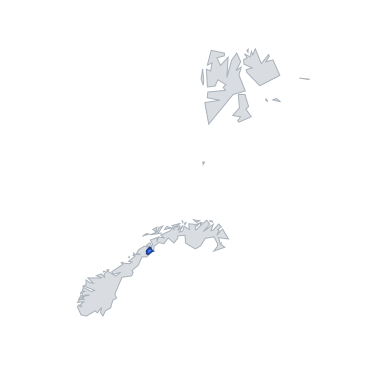 Saltdal nor, Nordland, Norway shown in context, rotated 23°
{"feature_id": "86288312B61921156724393", "entity_name": "Saltdal nor", "entity_type": "district", "adm_level": 2, "iso_a3": "NOR", "parent_name": "Norway", "parent_adm1": "Nordland", "projection": "mercator", "projection_center": [15.291, 66.881], "detail": "fine", "context": "in_parent", "style": "filled", "palette": "blue", "viewbox_px": 384, "rotation_deg": 23, "n_neighbors": 0, "source": "geoboundaries", "source_scale": "gbopen_adm2", "svg_char_len": 4830}
<svg xmlns="http://www.w3.org/2000/svg" viewBox="0 0 384 384"><g transform="rotate(23 192 192)"><path d="M202.5,234.7L196.0,237.9L197.0,240.0L195.3,246.0L188.0,243.6L186.3,250.6L181.3,251.4L178.4,256.9L179.6,261.1L175.5,269.5L171.3,271.4L171.1,280.3L167.4,287.9L169.3,289.1L169.2,292.8L160.9,297.8L160.8,315.9L164.0,319.3L161.4,322.5L162.3,330.6L158.7,335.1L158.5,340.9L154.9,338.7L153.9,333.6L152.1,340.2L149.3,339.3L143.2,347.5L138.0,348.5L131.4,342.6L131.9,340.1L134.0,341.3L135.2,340.2L133.1,339.4L135.4,335.4L129.7,338.3L130.5,334.7L134.5,333.1L132.4,332.7L134.2,329.5L138.0,327.0L134.3,328.4L129.8,334.7L130.1,330.7L132.2,330.4L129.8,327.6L132.0,325.4L129.7,325.8L129.2,322.2L138.2,323.0L140.7,320.6L129.6,320.8L130.6,318.1L128.8,314.4L133.6,315.3L136.8,314.5L129.8,311.8L142.8,306.3L136.8,306.4L140.5,302.7L145.2,305.2L143.1,302.1L145.0,297.8L154.6,299.2L157.7,293.8L151.5,298.7L149.3,296.7L157.8,283.8L162.4,282.5L164.2,279.9L160.7,280.6L164.7,273.3L163.6,271.8L169.1,269.6L165.0,270.3L165.5,265.8L169.4,260.4L175.2,259.5L170.9,258.7L173.2,255.2L176.0,257.8L176.4,255.8L172.5,252.4L177.8,247.5L179.2,251.6L178.7,246.4L184.7,245.1L180.1,243.8L187.1,236.2L187.8,232.3L190.4,234.2L189.3,232.0L194.1,228.0L193.9,232.9L196.9,226.2L195.9,233.9L198.7,231.6L198.2,226.6L204.2,227.6L201.5,222.5L207.3,220.6L210.3,225.7L216.5,212.1L221.0,214.7L217.8,224.1L224.2,213.4L224.6,220.2L226.4,218.8L229.1,211.0L232.6,212.6L230.4,216.6L232.0,216.7L231.7,222.3L234.5,214.1L243.9,221.0L234.3,223.6L238.3,228.8L243.8,230.0L235.1,237.9L236.7,232.2L235.9,229.7L229.7,224.7L222.3,229.5L220.9,238.3L217.3,243.1L206.1,241.6L202.5,234.7ZM178.9,46.7L185.9,53.0L185.2,63.1L188.4,57.8L189.6,66.1L201.6,78.2L191.7,86.2L180.9,123.0L168.9,104.7L181.8,96.6L169.3,99.3L167.5,93.8L183.0,85.4L179.8,83.5L181.2,79.9L172.0,78.6L171.8,85.5L165.2,89.3L157.3,73.4L161.9,73.3L160.0,65.4L156.6,69.2L154.3,54.1L167.6,51.5L168.6,54.0L162.6,58.7L168.8,64.3L172.6,53.8L179.3,72.8L177.0,55.3L178.9,46.7ZM194.3,35.5L205.6,46.7L208.8,35.6L210.1,36.9L209.2,43.2L214.9,38.8L227.3,50.3L212.9,67.7L196.0,60.6L194.0,58.2L198.9,54.3L189.8,54.0L187.8,49.8L190.4,47.0L186.3,44.3L192.6,45.0L191.8,39.4L194.4,42.1L194.3,35.5ZM202.6,81.5L210.7,91.2L209.3,94.6L217.1,99.6L207.9,109.4L206.2,108.6L207.3,103.8L199.6,105.7L202.8,96.1L196.5,84.1L202.6,81.5ZM176.7,243.5L180.2,241.6L170.1,247.9L175.2,242.8L175.5,237.6L178.4,234.7L176.7,243.5ZM182.2,233.6L187.0,233.2L181.4,237.3L182.2,233.6ZM186.9,230.6L193.7,225.3L190.1,230.9L186.9,230.6ZM153.7,74.5L159.3,85.0L160.6,89.4L156.2,84.4L153.7,74.5ZM173.5,238.1L174.3,242.8L170.6,241.7L173.5,238.1ZM210.7,214.8L208.0,218.4L204.3,216.9L208.6,216.2L210.7,214.8ZM211.2,217.4L209.9,221.7L208.4,220.5L211.2,217.4ZM165.9,248.3L169.5,247.3L165.5,250.3L165.9,248.3ZM255.4,42.9L246.2,45.2L255.7,42.4L255.4,42.9ZM233.1,73.0L238.3,74.4L230.4,75.7L233.1,73.0ZM219.0,211.8L221.8,210.8L222.7,211.7L219.0,211.8ZM213.0,216.3L212.4,218.6L211.7,216.6L213.0,216.3ZM198.4,222.5L198.3,224.8L197.3,224.0L198.4,222.5ZM191.9,159.6L191.5,162.3L190.2,160.1L191.9,159.6ZM226.5,79.2L224.0,78.7L223.8,77.2L226.5,79.2ZM155.8,283.7L156.5,285.2L154.5,284.9L155.8,283.7ZM193.7,222.1L195.1,222.9L195.9,224.2L193.7,222.1ZM187.9,38.7L189.0,41.6L187.3,40.5L187.9,38.7ZM145.9,296.8L143.7,296.9L146.0,296.1L145.9,296.8ZM142.7,299.1L141.9,300.2L141.5,299.6L142.7,299.1ZM165.0,250.7L163.7,252.3L165.1,249.6L165.0,250.7ZM129.4,328.1L129.1,329.8L129.0,327.5L129.4,328.1ZM162.7,272.1L162.1,270.8L162.8,270.9L162.7,272.1ZM239.0,226.7L238.7,228.5L238.6,228.2L239.0,226.7ZM163.3,273.2L162.0,273.5L163.5,272.9L163.3,273.2ZM159.6,276.0L159.7,277.2L159.1,276.8L159.6,276.0ZM128.8,320.7L128.3,321.8L128.4,320.9L128.8,320.7Z" fill="#d9dde1" stroke="#a8b0b8" stroke-width="1"/><path d="M173.3,264.3L173.6,264.2L174.1,264.2L174.3,264.6L174.2,264.8L174.1,265.0L174.1,265.3L174.0,265.5L174.2,265.8L174.3,266.0L174.3,266.3L174.3,266.5L174.6,266.5L174.8,266.5L175.2,266.6L175.7,266.7L175.8,266.5L176.0,266.4L176.1,266.2L176.3,265.8L176.4,265.7L176.5,265.5L176.6,265.3L176.7,265.1L176.8,265.0L176.9,264.8L177.4,263.9L177.8,263.2L178.0,262.8L178.6,262.0L179.1,261.6L178.5,261.6L177.8,261.2L177.3,260.8L177.2,260.7L176.5,260.4L176.3,260.2L176.2,259.8L176.0,259.6L175.9,259.5L175.7,259.5L175.6,259.4L175.5,259.5L175.4,259.5L175.5,259.6L175.5,259.8L175.4,259.9L175.4,260.0L175.3,260.3L175.3,260.5L175.5,260.6L175.4,260.6L175.2,260.6L175.1,260.4L175.2,260.2L175.2,260.3L175.1,260.2L175.2,259.9L175.1,259.7L174.9,259.6L175.0,259.6L174.9,259.7L174.9,259.8L174.7,259.8L174.6,260.0L174.4,260.2L174.4,260.3L174.4,260.5L174.3,260.8L174.2,260.8L174.1,261.0L174.1,261.4L174.1,261.6L174.0,261.8L173.9,261.8L173.9,262.2L173.7,262.2L173.6,262.3L173.6,262.5L173.4,262.6L173.4,262.8L173.3,263.1L173.3,263.3L173.2,263.5L173.3,263.8L173.3,264.3L173.3,264.3Z" fill="#3b82f6" stroke="#1e3a8a" stroke-width="1.5"/></g></svg>